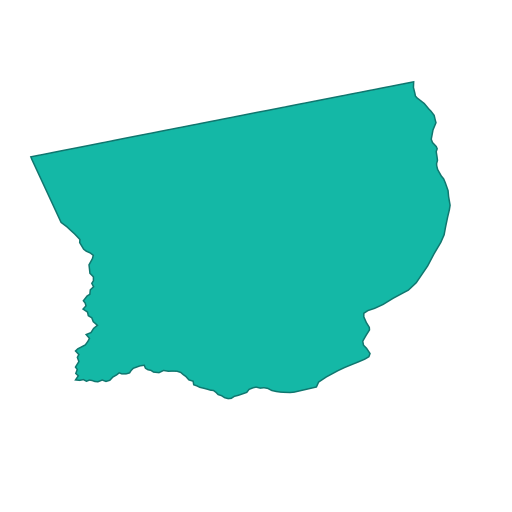 outline of Exu, Pernambuco, Brazil, rotated 79°
{"feature_id": "56859067B93909789229404", "entity_name": "Exu", "entity_type": "district", "adm_level": 2, "iso_a3": "BRA", "parent_name": "Brazil", "parent_adm1": "Pernambuco", "projection": "equal_earth", "projection_center": [-39.683, -7.516], "detail": "fine", "context": "isolated", "style": "filled", "palette": "teal", "viewbox_px": 512, "rotation_deg": 79, "n_neighbors": 0, "source": "geoboundaries", "source_scale": "gbopen_adm2", "svg_char_len": 2366}
<svg xmlns="http://www.w3.org/2000/svg" viewBox="0 0 512 512"><g transform="rotate(79 256 256)"><path d="M115.1,68.0L115.2,155.6L115.2,188.3L115.3,216.3L115.2,227.6L115.3,257.7L115.4,343.7L115.4,358.4L115.6,402.5L115.6,417.3L115.6,427.2L115.7,458.1L118.4,457.6L153.5,448.9L185.9,440.9L191.3,436.0L194.5,433.7L197.2,431.7L199.6,429.9L206.2,425.7L209.2,426.5L216.4,423.9L218.9,421.7L221.4,418.1L224.3,415.6L227.4,417.1L232.8,421.6L241.3,422.3L245.4,419.6L249.3,420.3L251.5,422.4L255.2,421.3L257.6,425.1L261.9,426.4L263.0,429.4L267.0,434.0L269.5,432.7L272.5,432.4L275.1,435.9L278.9,432.1L282.6,432.0L285.3,429.0L289.4,428.3L293.8,424.9L296.1,429.2L299.7,432.6L300.7,437.7L305.1,435.2L307.8,437.4L310.7,440.5L313.1,448.6L314.8,451.3L318.9,448.7L321.4,450.7L325.8,450.0L330.6,454.4L333.3,453.1L336.9,455.3L339.7,453.3L343.2,456.8L344.4,452.8L344.4,449.0L346.6,446.3L346.0,443.2L347.0,440.5L348.4,438.2L349.3,435.2L348.4,430.6L350.5,427.2L350.1,423.2L347.5,419.6L346.1,415.5L344.6,412.6L346.1,410.2L346.9,405.8L346.6,402.4L344.6,400.5L342.8,397.9L342.3,394.7L341.7,390.9L341.9,386.6L345.1,385.9L347.0,383.8L348.2,381.0L350.4,378.7L352.0,373.5L350.7,368.6L352.4,364.0L353.0,360.1L354.0,355.6L355.9,352.1L358.6,350.0L360.9,347.8L364.8,345.5L366.9,341.6L370.5,341.7L372.2,338.8L374.2,336.2L375.9,332.4L377.6,328.9L379.0,326.3L379.9,323.4L382.2,321.3L384.8,319.6L386.5,316.5L389.1,313.8L390.7,310.5L391.0,307.5L389.6,304.0L389.4,300.2L388.7,295.1L388.1,291.1L385.6,288.3L384.8,284.0L384.7,280.9L386.5,277.0L386.8,273.3L388.2,269.7L391.0,266.2L392.9,261.9L394.3,257.8L395.3,253.8L396.5,248.6L396.9,244.5L396.1,221.7L391.7,218.6L388.1,210.0L384.1,197.2L382.3,190.1L381.3,185.1L379.0,173.5L378.0,168.9L376.4,164.4L373.5,162.7L367.7,165.1L364.1,167.5L360.0,167.5L355.0,163.2L350.2,158.7L347.7,158.4L342.4,160.4L336.3,161.8L332.8,161.1L330.9,156.5L330.0,149.5L327.8,140.5L324.6,132.0L323.6,129.3L320.0,117.7L318.6,113.0L312.8,103.8L298.5,89.4L287.8,80.8L277.9,72.0L271.1,67.3L263.7,64.4L254.2,60.4L247.6,57.4L243.2,55.8L234.3,55.6L228.5,55.0L220.3,56.2L216.0,57.1L212.7,58.9L205.8,61.2L201.9,61.4L199.7,61.1L196.7,59.6L193.4,59.4L187.9,59.2L185.3,57.7L182.9,58.2L178.3,61.1L174.8,61.7L166.0,58.2L159.5,53.9L156.9,54.1L151.9,54.3L147.1,56.7L144.9,58.2L138.5,61.7L131.6,67.7L129.4,69.0L126.6,69.0L120.6,69.3L115.1,68.0Z" fill="#14b8a6" stroke="#0f766e" stroke-width="1.5"/></g></svg>